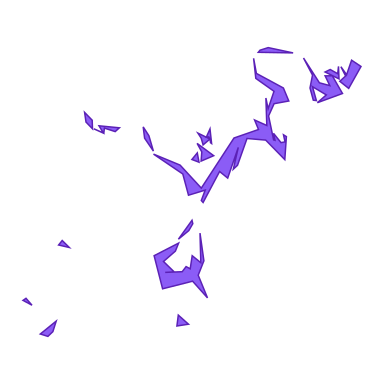 Rock Islands, Palau (Albers equal-area conic projection)
{"feature_id": "81905179B25065420091435", "entity_name": "Rock Islands", "entity_type": "district", "adm_level": 2, "iso_a3": "PLW", "parent_name": "Palau", "parent_adm1": "", "projection": "albers", "projection_center": [134.386, 7.235], "detail": "medium", "context": "isolated", "style": "filled", "palette": "violet", "viewbox_px": 384, "rotation_deg": 0, "n_neighbors": 0, "source": "geoboundaries", "source_scale": "gbopen_adm2", "svg_char_len": 1892}
<svg xmlns="http://www.w3.org/2000/svg" viewBox="0 0 384 384"><path d="M274.0,91.3L268.1,108.8L265.9,98.0L266.8,125.5L254.6,120.0L258.5,129.5L234.0,138.0L201.3,188.1L180.1,165.1L153.5,154.1L182.8,174.0L188.5,195.2L205.2,190.1L201.3,200.5L203.1,202.5L219.6,171.5L227.7,178.1L238.3,147.4L233.3,169.2L237.5,165.3L247.0,138.5L265.7,140.1L284.8,159.6L286.4,136.6L283.5,134.8L285.0,141.9L281.0,142.6L273.5,133.3L275.0,140.3L273.6,139.9L268.6,115.9L274.1,103.7L288.8,101.0L283.4,88.0L256.4,73.4L253.6,58.3L255.8,78.4L274.0,91.3ZM154.1,255.7L162.6,288.8L192.6,281.2L207.5,297.9L198.2,275.2L203.9,260.8L200.0,233.1L200.8,262.7L192.2,255.7L190.2,268.8L186.1,266.6L182.2,271.7L165.2,272.4L174.2,271.9L163.5,261.5L175.4,251.1L178.6,243.1L154.1,255.7ZM312.5,86.7L326.3,94.9L317.4,102.7L342.5,93.5L332.3,75.8L325.1,75.8L329.8,85.6L319.4,82.8L303.5,58.0L312.5,75.1L310.0,88.0L313.3,100.2L316.4,100.6L312.5,86.7ZM351.6,60.2L346.6,74.7L340.9,66.7L345.6,76.0L339.8,81.3L348.7,88.4L361.0,66.5L351.6,60.2ZM201.1,161.1L213.7,155.7L197.1,143.4L201.8,151.9L201.1,161.1ZM258.3,52.3L293.1,52.9L268.2,47.6L260.0,50.2L258.3,52.3ZM103.8,133.3L104.4,128.1L115.2,131.6L119.4,127.8L99.0,125.8L103.3,132.9L93.8,128.8L103.8,133.3ZM210.0,128.9L206.3,137.2L208.8,136.9L210.1,139.0L210.5,142.7L211.6,143.5L210.0,128.9ZM153.4,151.1L148.9,135.7L143.2,126.9L144.6,138.2L153.4,151.1ZM92.5,128.8L92.2,120.2L84.6,112.4L86.0,122.1L92.5,128.8ZM339.0,78.9L338.5,66.4L337.7,73.7L330.2,69.5L325.1,72.0L339.0,78.9ZM178.4,239.2L188.8,230.6L192.8,223.7L192.0,220.3L178.4,239.2ZM176.9,326.0L188.5,324.2L178.3,315.1L176.9,326.0ZM56.2,321.1L40.3,334.0L47.9,336.4L52.9,331.6L56.2,321.1ZM203.1,144.9L210.0,139.0L197.9,133.1L201.2,138.2L203.1,144.9ZM23.0,300.4L32.0,305.2L26.0,298.3L23.0,300.4ZM191.9,159.5L199.0,162.2L197.3,152.9L191.9,159.5ZM58.6,245.0L69.3,247.5L62.2,240.5L58.6,245.0Z" fill="#8b5cf6" stroke="#5b21b6" stroke-width="1.5"/></svg>